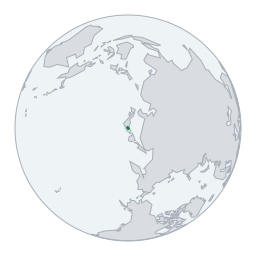 the Earth from above Yamagata, rotated 139°
{"feature_id": "JPN-1868", "entity_name": "Yamagata", "entity_type": "Prefecture", "adm_level": 1, "iso_a3": "JPN", "parent_name": "Japan", "parent_adm1": "", "projection": "orthographic", "projection_center": [140.093, 38.419], "detail": "fine", "context": "on_globe", "style": "filled", "palette": "green", "viewbox_px": 256, "rotation_deg": 139, "n_neighbors": 0, "source": "natural_earth", "source_scale": "10m", "svg_char_len": 11461}
<svg xmlns="http://www.w3.org/2000/svg" viewBox="0 0 256 256"><g transform="rotate(139 128 128)"><circle cx="128" cy="128" r="113" fill="#eef3f6" stroke="#a8b0b8"/><path d="M197.4,204.0L197.4,204.5L197.4,204.0ZM222.7,67.0L220.4,66.0L224.9,70.5L225.1,70.9L225.4,71.7L224.4,71.1L223.2,69.1L220.1,67.1L219.5,68.6L213.5,65.8L202.8,58.0L204.1,57.3L201.3,55.7L199.6,56.7L199.1,57.7L187.3,55.7L180.4,61.0L181.6,65.6L178.6,62.5L183.3,73.5L181.8,79.5L181.4,71.0L179.8,68.9L177.6,71.9L175.5,70.4L173.2,71.2L170.8,69.2L170.7,64.7L169.2,63.5L167.8,65.7L164.5,65.4L166.8,62.2L161.2,61.5L160.2,54.4L168.3,48.6L165.6,44.1L168.4,36.9L166.1,36.4L165.7,33.7L162.8,32.2L164.1,31.6L160.7,31.0L160.0,31.9L158.3,32.0L156.5,31.3L157.9,30.2L159.0,30.4L158.5,29.8L160.0,29.6L158.2,29.3L160.2,28.3L155.7,28.3L155.1,26.7L157.0,26.3L160.2,27.6L172.5,31.0L175.5,31.6L176.5,30.7L171.4,26.0L173.3,26.3L173.4,25.6L170.8,24.7L169.8,25.0L165.1,23.4L164.4,24.2L162.4,23.8L160.4,24.3L157.1,22.9L155.0,21.3L156.5,20.9L155.6,20.4L151.3,19.8L151.3,18.5L146.4,17.0L146.8,17.0L152.8,18.1L160.1,20.1L166.7,22.2L174.2,25.3L181.5,28.9L188.5,33.0L195.2,37.6L201.5,42.6L207.4,48.1L213.0,54.1L218.1,60.4L222.7,67.0ZM164.3,21.4L159.3,19.8L164.3,21.4ZM224.0,128.2L223.0,126.2L224.3,126.3L224.0,128.2ZM221.9,125.7L222.4,126.2L221.9,126.0L221.9,125.7ZM221.3,126.0L221.8,125.8L221.3,126.3L221.3,126.0ZM220.5,126.8L220.9,126.3L220.5,126.8ZM218.9,127.1L218.5,127.2L218.8,126.5L218.9,127.1ZM199.2,58.4L199.8,56.9L202.2,56.7L202.0,58.2L199.2,58.4ZM194.3,59.1L194.0,57.8L197.1,59.2L196.3,59.5L194.3,59.1ZM183.0,69.4L183.9,67.7L183.8,69.9L183.0,69.4ZM173.3,71.6L173.7,72.6L172.4,72.6L173.3,71.6ZM162.3,25.1L161.4,24.7L162.2,24.8L162.3,25.1ZM162.3,25.7L164.0,26.1L164.2,26.5L163.2,26.2L162.3,25.7ZM167.4,69.7L165.1,69.4L167.5,68.9L167.4,69.7ZM160.2,25.2L164.5,27.1L164.9,27.8L161.3,27.6L160.2,25.2ZM163.7,68.8L158.1,68.6L158.6,70.7L153.9,64.9L160.3,66.8L163.1,65.7L162.5,67.4L163.7,68.8ZM160.6,32.5L161.2,31.5L162.3,33.0L160.6,32.5ZM161.7,33.5L167.5,38.6L165.7,39.9L164.1,37.8L163.0,40.2L159.3,38.4L159.0,36.6L160.9,36.1L158.0,35.8L161.7,33.5ZM152.3,61.8L150.9,61.2L152.4,61.0L152.3,61.8ZM157.7,32.2L159.0,33.0L157.5,34.2L154.6,32.7L156.0,32.8L157.7,32.2ZM164.6,41.9L163.0,42.6L159.5,41.3L158.4,41.4L159.0,38.4L164.6,41.9ZM155.4,32.2L153.1,32.0L152.2,30.9L156.3,31.5L155.4,32.2ZM158.4,35.1L157.5,35.6L157.0,34.8L158.4,35.1ZM147.7,27.0L149.3,27.8L148.7,28.4L147.7,27.0ZM152.3,32.1L152.6,32.5L152.5,32.8L150.9,32.5L152.3,32.1ZM156.5,37.8L155.4,37.1L156.1,38.9L153.5,38.1L154.4,36.3L152.9,36.8L152.1,36.5L153.8,35.4L156.5,37.8ZM149.0,33.4L149.2,31.2L146.3,29.5L146.8,28.8L151.4,31.7L149.0,33.4ZM151.6,34.7L150.1,33.7L151.5,33.3L153.4,33.7L151.6,34.7ZM151.4,38.2L155.1,39.9L154.8,40.3L151.4,38.2ZM147.8,33.0L147.8,33.6L147.5,32.9L147.8,33.0ZM150.0,36.7L151.4,37.2L151.0,37.6L150.0,36.7ZM146.6,34.4L146.7,33.6L148.0,33.8L146.6,34.4ZM147.9,35.5L147.0,35.9L148.4,34.3L148.6,35.7L147.9,35.5ZM149.4,37.0L149.6,37.4L148.9,36.7L149.4,37.0ZM141.6,34.3L143.0,32.3L145.9,32.6L144.1,34.5L141.6,34.3ZM44.7,52.1L44.9,52.0L37.8,61.0L35.3,65.7L40.3,61.8L44.5,53.9L48.5,50.0L47.8,54.1L44.6,61.7L46.1,60.5L50.9,53.9L53.0,54.1L52.8,51.6L50.8,53.7L50.7,52.3L52.5,50.3L53.2,50.4L55.0,48.0L51.3,48.6L48.9,50.9L51.7,46.3L47.9,49.7L47.7,49.5L54.1,43.7L55.6,42.7L65.2,35.4L63.8,36.0L54.7,43.0L56.3,41.6L54.4,42.8L57.1,40.7L67.4,33.3L71.9,30.3L78.0,27.1L79.1,26.6L85.0,24.0L81.9,25.5L83.2,25.0L80.4,26.5L80.5,27.5L78.2,29.2L82.2,28.7L81.6,29.6L79.4,29.6L76.7,30.6L71.5,35.6L71.7,36.3L74.7,35.6L72.9,37.3L76.5,36.1L75.5,39.0L79.7,34.5L83.4,34.1L84.9,35.6L86.9,34.8L84.4,32.4L82.7,32.3L80.0,33.4L76.1,32.8L77.0,31.4L84.0,29.3L86.1,27.1L90.6,26.8L94.7,32.8L94.3,36.0L85.4,42.3L83.1,41.6L85.3,38.9L79.6,41.8L81.8,41.3L80.4,42.8L83.5,43.2L82.6,44.3L87.1,42.9L86.4,44.3L83.5,45.2L87.5,47.3L86.9,50.4L88.3,50.4L89.8,49.5L88.1,54.4L89.2,54.2L90.2,52.5L92.9,51.0L97.1,50.5L96.3,52.2L94.6,52.6L90.0,56.2L85.8,57.3L85.9,58.0L89.3,57.5L95.0,53.0L97.8,52.3L95.4,54.5L96.5,53.6L97.6,53.8L97.9,55.6L100.7,53.3L114.0,53.9L115.9,57.8L112.3,59.5L120.8,62.6L122.3,67.4L123.2,65.8L127.9,66.5L127.4,65.0L128.2,64.3L140.0,66.3L142.1,68.3L148.1,67.9L148.6,67.2L147.4,65.6L153.9,64.9L158.6,70.7L157.3,72.1L161.0,75.1L157.6,78.0L156.5,82.0L150.5,83.9L150.1,87.1L151.7,88.0L152.3,93.2L148.4,101.6L144.8,91.1L149.4,79.1L147.0,83.5L145.5,81.5L143.4,82.6L141.8,85.9L142.9,86.9L130.1,88.3L122.4,96.2L127.8,97.4L129.5,101.1L125.5,112.5L109.2,124.1L111.4,130.3L110.4,133.5L106.1,134.3L107.4,129.5L104.5,126.6L105.9,124.0L99.4,124.1L101.1,120.3L95.2,122.5L95.7,126.2L100.8,127.3L95.0,131.1L98.1,138.2L96.7,144.8L85.4,152.7L76.7,152.6L75.8,154.4L73.2,150.8L68.4,152.7L72.0,166.0L71.4,169.0L64.2,171.5L64.3,169.3L57.6,159.7L55.2,166.1L60.3,175.0L62.0,182.7L57.7,178.3L56.0,171.3L53.7,167.8L55.1,162.0L54.6,151.3L50.3,150.4L51.3,146.8L50.0,136.5L44.2,134.7L34.4,137.7L31.8,146.3L29.0,147.7L28.7,130.5L31.1,120.8L29.3,119.3L30.3,107.8L27.4,97.7L28.4,94.7L27.5,93.7L28.5,88.3L30.6,83.7L30.5,81.7L25.2,94.0L25.4,96.3L27.7,95.6L26.0,99.3L25.3,105.4L20.9,107.9L18.8,100.8L21.1,93.8L32.2,70.0L33.2,68.8L33.4,68.6L33.7,68.2L32.2,69.8L34.9,65.6L26.3,80.1L23.8,85.3L18.8,101.0L18.6,101.3L17.7,105.4L17.8,110.8L17.3,112.8L15.8,118.6L15.7,118.8L16.7,110.7L18.3,102.6L20.4,94.7L23.1,86.9L26.4,79.3L30.2,72.1L34.6,65.1L39.4,58.4L44.7,52.1ZM38.7,73.3L38.5,78.4L42.9,72.9L43.2,74.4L44.6,72.1L43.3,72.4L47.4,66.6L48.8,67.8L51.1,66.1L51.3,64.3L48.0,63.1L42.0,71.2L40.3,71.5L38.7,73.3ZM149.4,17.4L147.2,17.0L148.5,17.2L149.4,17.4ZM156.3,19.0L158.2,19.5L157.8,19.4L156.1,18.9L156.3,19.0ZM93.6,21.8L91.2,22.5L90.4,22.5L93.3,21.1L94.6,21.1L93.6,21.8ZM88.2,23.7L94.3,22.4L92.8,23.5L92.6,23.1L91.0,23.9L90.3,23.5L82.7,26.1L81.5,26.3L87.5,23.1L86.2,23.9L88.6,23.0L88.2,23.7ZM112.9,19.7L115.5,19.8L108.7,21.8L107.0,21.5L109.8,19.9L113.4,19.3L112.9,19.7ZM153.0,24.6L154.4,25.0L154.0,25.2L152.5,25.1L153.0,24.6ZM148.5,27.3L146.2,23.4L147.8,23.5L144.5,21.3L147.4,21.0L149.4,22.4L149.1,20.6L152.1,21.7L151.4,20.6L155.6,23.7L158.2,24.8L154.2,23.6L151.5,23.9L151.2,24.3L152.1,26.5L156.4,29.4L154.4,30.3L151.9,30.2L150.6,29.7L152.3,29.2L149.3,28.8L150.7,27.7L148.5,27.3ZM123.3,32.1L125.9,31.2L120.1,31.4L121.5,29.8L120.7,29.9L120.4,28.6L118.7,27.3L119.9,26.8L118.7,26.5L118.5,25.8L117.3,25.3L118.9,24.2L117.6,23.6L119.1,23.4L116.4,22.7L119.1,22.7L119.1,21.9L116.5,22.3L127.9,18.6L130.6,17.5L131.4,16.7L136.0,17.2L138.2,18.5L138.6,20.3L135.4,21.5L138.0,21.7L137.2,22.4L135.5,22.0L137.7,23.0L136.6,23.5L137.0,26.0L141.0,27.5L141.2,28.6L139.1,28.2L140.8,29.6L137.0,29.7L137.1,30.5L133.4,31.5L129.3,30.6L129.7,31.6L127.0,32.6L123.3,32.1ZM140.5,34.5L135.2,33.4L133.4,32.1L140.6,30.9L141.0,30.2L145.5,29.6L148.1,31.6L146.5,31.5L145.6,32.0L145.2,31.2L144.9,32.1L142.8,32.1L142.0,32.9L140.5,32.3L140.5,34.5ZM57.7,40.0L56.5,40.9L55.1,42.2L53.9,43.1L57.7,40.0ZM63.7,35.5L64.7,34.8L63.9,35.4L61.6,37.0L63.7,35.5ZM65.6,34.4L64.1,35.3L65.6,34.3L65.6,34.4ZM78.9,30.2L78.3,30.9L77.5,31.2L76.8,31.0L78.9,30.2ZM106.4,33.4L108.2,32.8L108.5,33.1L112.4,33.2L111.7,34.5L109.0,35.0L106.4,33.4ZM39.8,61.3L39.4,61.0L40.3,59.7L40.3,60.1L39.8,61.3ZM46.1,51.2L43.7,54.1L45.8,51.5L46.1,51.2ZM106.3,34.8L108.0,34.6L106.6,35.4L106.3,34.8ZM111.4,35.5L110.1,36.4L112.1,34.6L111.4,35.5ZM88.0,207.0L91.3,208.3L91.2,208.7L88.0,207.0ZM84.4,204.7L88.2,206.0L83.9,205.3L84.4,204.7ZM89.6,206.4L93.4,206.8L95.0,206.6L94.8,207.3L89.6,206.4ZM82.0,203.9L69.2,198.9L64.3,195.6L65.3,194.8L73.2,198.6L82.0,203.9ZM64.9,194.5L57.7,186.9L49.0,169.0L52.1,171.2L61.4,184.3L60.8,185.2L65.1,190.7L64.9,194.5ZM83.0,194.4L82.4,198.0L75.2,195.0L72.0,193.1L69.8,187.3L71.0,185.2L73.5,186.4L84.4,181.3L88.0,184.8L84.5,187.5L87.5,191.9L83.0,194.4ZM31.9,147.5L32.6,154.4L31.2,153.9L31.9,147.5ZM89.4,176.3L84.6,178.9L89.2,174.8L89.4,176.3ZM92.5,171.9L92.5,174.1L90.9,171.5L92.5,171.9ZM75.0,157.3L72.3,156.6L72.5,155.1L76.2,155.0L75.0,157.3ZM95.5,150.3L94.3,154.9L93.4,156.2L92.7,153.0L95.5,150.3ZM102.5,47.5L97.9,45.8L94.0,45.9L91.1,47.7L93.2,44.6L99.1,44.5L102.5,47.5ZM112.6,52.8L115.2,51.5L115.4,52.7L114.9,53.2L112.6,52.8ZM113.2,51.5L113.8,48.7L116.1,48.4L115.2,50.7L113.2,51.5ZM109.8,41.2L108.5,40.6L109.7,39.9L109.8,41.2ZM173.1,230.7L175.2,230.0L172.2,231.5L167.8,233.3L162.9,235.0L173.1,230.7ZM136.5,239.3L134.9,238.4L140.1,238.1L139.2,239.0L136.5,239.3ZM176.3,229.1L178.8,227.4L178.5,226.4L179.8,226.9L183.4,225.4L176.4,229.4L176.3,229.1ZM113.4,233.1L93.4,231.8L88.5,230.0L88.8,229.0L82.5,223.0L84.0,223.6L81.8,219.7L93.1,220.0L100.8,215.4L108.2,217.3L113.1,213.1L121.1,214.5L119.3,218.2L128.2,221.5L132.7,213.1L139.7,222.5L147.2,225.2L151.2,229.6L143.4,236.4L137.5,237.6L135.7,237.2L133.4,237.8L128.8,237.5L124.9,235.6L122.8,236.0L124.2,234.7L121.4,235.7L118.4,234.2L113.4,233.1ZM170.9,218.4L172.5,218.3L175.4,219.0L172.9,219.4L170.9,218.4ZM193.6,207.3L194.6,207.6L192.8,208.4L193.6,207.3ZM197.3,204.6L195.2,205.8L197.4,204.0L197.3,204.6ZM177.4,212.1L178.3,212.4L177.7,212.8L177.4,212.1ZM176.7,212.0L177.4,211.0L177.5,211.9L176.7,212.0ZM168.7,208.5L169.5,207.9L170.0,208.2L168.7,208.5ZM96.3,209.7L100.8,208.1L103.4,208.4L96.3,209.7ZM167.3,207.6L165.2,207.8L165.3,207.3L167.3,207.6ZM167.3,206.4L167.0,205.6L168.6,207.2L167.3,206.4ZM163.0,205.2L165.8,206.2L162.7,205.4L163.0,205.2ZM161.5,205.5L159.6,205.1L159.7,204.8L161.5,205.5ZM141.4,207.3L148.4,211.8L143.1,211.8L137.1,208.9L132.9,211.3L123.2,210.1L125.2,208.6L123.8,205.9L114.1,203.6L112.1,201.6L115.5,200.9L109.3,198.5L116.0,198.8L118.9,202.8L122.8,200.5L129.8,201.9L136.8,203.6L142.7,206.3L141.4,207.3ZM116.3,206.7L117.5,206.8L116.5,207.7L116.3,206.7ZM155.9,203.4L158.7,204.9L158.4,205.4L157.1,205.2L155.9,203.4ZM144.0,205.8L150.3,202.8L151.8,202.8L147.7,206.2L144.0,205.8ZM148.6,200.9L151.7,201.3L153.4,202.9L152.7,203.4L148.6,200.9ZM102.5,200.9L102.3,201.8L100.6,200.7L102.5,200.9ZM104.7,200.8L109.9,202.9L104.2,201.5L104.7,200.8ZM89.6,193.4L91.0,196.3L95.5,196.0L92.1,197.2L95.3,201.9L94.4,203.1L91.1,198.1L90.3,202.1L88.3,201.5L87.1,197.4L89.0,193.4L91.0,192.1L99.1,193.4L89.6,193.4ZM104.6,197.8L103.3,194.7L104.3,193.0L105.7,194.9L104.6,197.8ZM99.6,186.8L96.3,182.5L93.1,182.9L99.9,179.8L101.8,184.5L99.6,186.8ZM97.2,178.4L94.2,178.8L97.5,176.8L97.2,178.4ZM93.6,177.4L93.6,174.9L95.8,175.9L93.6,177.4ZM98.8,178.9L99.8,174.9L100.7,177.7L98.8,178.9ZM93.3,169.0L97.7,174.5L91.6,170.9L92.6,162.6L95.3,163.2L93.3,169.0ZM116.3,138.8L116.4,136.1L119.1,136.1L118.3,137.9L116.3,138.8ZM128.3,134.4L119.9,135.3L113.2,136.2L114.7,137.8L112.2,141.7L110.5,137.0L116.1,133.4L120.9,133.5L122.7,130.1L127.0,128.4L127.7,123.8L129.9,122.2L130.7,126.5L128.3,134.4ZM127.8,121.8L130.6,114.0L135.3,116.1L135.8,118.3L132.5,120.9L130.2,119.6L127.8,121.8ZM132.6,112.8L130.4,111.5L129.9,99.1L130.9,97.0L133.9,107.2L131.9,106.7L131.3,109.5L132.6,112.8ZM150.8,62.2L150.9,61.3L151.7,62.3L150.8,62.2ZM127.9,63.5L129.1,62.7L130.0,63.7L127.9,63.5ZM132.9,61.1L131.0,60.5L133.4,60.4L132.9,61.1ZM126.8,59.4L130.4,59.9L126.4,60.4L126.8,59.4Z" fill="#d9dde1" stroke="#a8b0b8" stroke-width="1"/><path d="M127.2,127.7L127.3,127.5L127.4,127.4L127.5,127.3L127.5,127.2L127.6,126.8L127.7,126.7L127.8,126.7L128.0,126.7L128.1,126.8L128.3,126.8L128.5,126.9L128.5,127.0L128.8,127.3L128.8,127.5L128.7,127.6L128.7,127.8L128.8,127.9L128.7,128.0L128.6,128.3L128.6,128.5L128.4,128.7L128.3,128.8L128.3,129.0L128.3,129.3L128.2,129.3L127.9,129.3L127.8,129.2L127.7,129.2L127.4,129.2L127.3,128.9L127.3,128.7L127.4,128.4L127.5,128.4L127.7,128.2L127.4,128.1L127.4,127.9L127.2,127.8L127.2,127.7L127.2,127.7Z" fill="#22c55e" stroke="#15803d" stroke-width="1.5"/></g></svg>